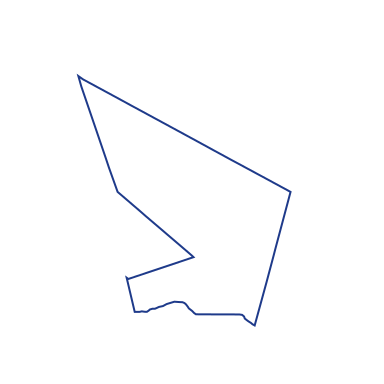 the district of Santana do Maranhão, Maranhão, Brazil, rotated 251°
{"feature_id": "56859067B28543364324462", "entity_name": "Santana do Maranhão", "entity_type": "district", "adm_level": 2, "iso_a3": "BRA", "parent_name": "Brazil", "parent_adm1": "Maranhão", "projection": "robinson", "projection_center": [-42.686, -3.208], "detail": "fine", "context": "isolated", "style": "outline", "palette": "blue", "viewbox_px": 384, "rotation_deg": 251, "n_neighbors": 0, "source": "geoboundaries", "source_scale": "gbopen_adm2", "svg_char_len": 967}
<svg xmlns="http://www.w3.org/2000/svg" viewBox="0 0 384 384"><g transform="rotate(251 192 192)"><path d="M60.7,197.1L59.5,199.4L57.3,200.7L55.2,200.7L53.0,202.1L51.4,203.2L48.9,205.2L47.3,206.1L45.4,207.8L82.3,233.0L105.2,248.4L110.8,252.1L148.7,277.6L160.0,285.2L186.7,260.7L188.1,259.4L207.2,241.8L208.8,240.3L224.1,226.3L247.0,205.4L293.1,163.1L301.0,155.9L333.9,125.7L338.6,122.3L327.9,121.7L284.6,121.6L252.0,121.5L242.3,121.4L216.3,121.7L190.4,136.9L183.9,140.6L181.6,142.0L179.5,143.2L174.1,146.4L169.2,149.3L163.6,152.6L160.0,154.7L136.2,168.7L131.5,171.4L129.9,172.2L130.5,103.5L132.2,102.3L97.3,98.8L95.7,103.6L95.5,105.7L94.2,108.2L93.4,110.3L93.9,112.3L94.6,113.9L94.5,116.7L93.7,118.9L93.8,120.7L94.1,123.3L93.6,127.4L93.9,129.2L94.3,131.5L94.2,134.4L94.0,139.6L91.8,144.8L90.9,147.1L89.5,148.7L87.8,149.7L84.8,150.7L83.0,151.1L79.5,153.4L76.9,154.6L75.1,155.9L72.8,162.4L61.4,195.2L60.7,197.1Z" fill="none" stroke="#1e3a8a" stroke-width="2"/></g></svg>